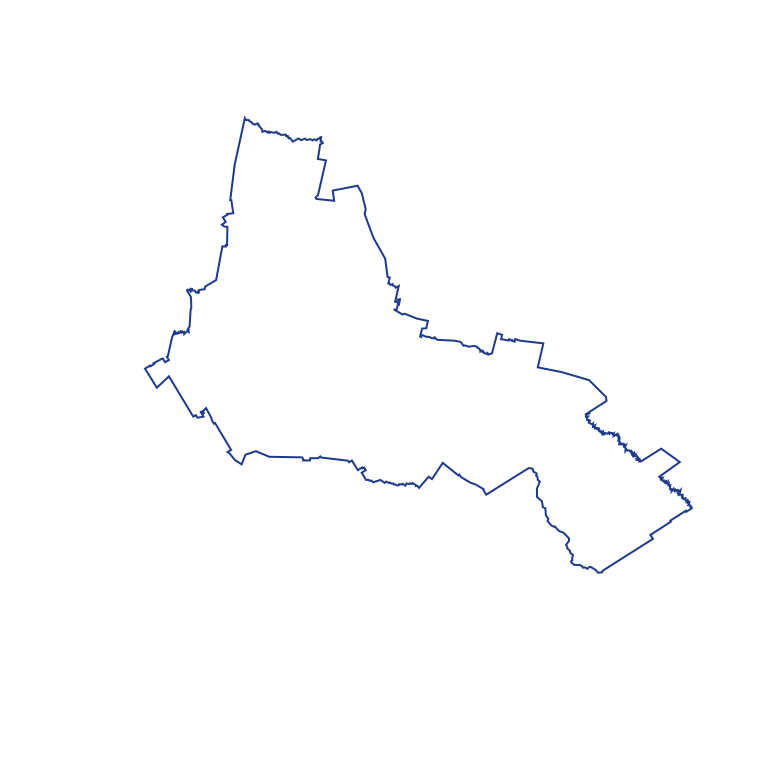 Warren, New South Wales, Australia, rotated 140°
{"feature_id": "25037944B92926148840872", "entity_name": "Warren", "entity_type": "district", "adm_level": 2, "iso_a3": "AUS", "parent_name": "Australia", "parent_adm1": "New South Wales", "projection": "albers", "projection_center": [147.59, -31.296], "detail": "fine", "context": "isolated", "style": "outline", "palette": "blue", "viewbox_px": 768, "rotation_deg": 140, "n_neighbors": 0, "source": "geoboundaries", "source_scale": "gbopen_adm2", "svg_char_len": 6134}
<svg xmlns="http://www.w3.org/2000/svg" viewBox="0 0 768 768"><g transform="rotate(140 384 384)"><path d="M273.5,613.5L274.2,614.0L275.5,613.2L277.0,614.5L279.0,613.9L280.1,616.3L282.0,616.4L283.1,618.9L286.3,620.6L286.8,622.7L290.7,624.0L291.7,627.1L298.0,628.2L297.9,632.6L298.9,633.3L298.5,634.1L299.1,634.8L298.3,635.8L299.6,637.0L298.9,638.0L303.0,641.3L303.4,643.6L304.5,644.0L304.2,646.2L306.8,647.1L308.9,649.9L309.7,649.9L309.9,651.0L310.6,650.5L310.9,651.7L311.7,651.7L312.1,654.0L315.1,655.5L313.7,657.2L313.9,661.3L313.2,663.5L313.8,663.4L313.6,665.1L316.3,665.8L317.4,668.0L317.2,670.0L318.2,671.6L317.8,672.8L320.1,675.1L319.7,677.1L357.4,648.0L383.6,623.7L382.8,622.9L389.7,611.7L394.7,615.0L394.8,614.3L400.3,615.2L401.1,610.0L405.8,610.2L405.2,607.5L403.0,605.0L414.9,591.3L415.8,592.1L416.8,591.0L419.4,593.3L445.8,571.5L458.3,573.6L460.4,571.9L465.3,574.9L466.3,574.5L466.7,573.2L467.7,573.1L467.9,574.4L469.2,574.7L469.0,577.4L470.6,578.8L469.6,580.8L471.5,579.1L472.6,579.1L471.5,581.2L473.0,581.0L473.9,582.6L474.9,582.1L475.9,575.1L479.0,570.8L483.1,565.7L483.8,565.8L496.0,553.0L499.0,552.2L498.6,551.5L500.2,549.4L500.5,551.0L504.9,550.7L503.9,552.2L505.6,552.2L504.3,552.8L504.7,554.1L506.3,553.8L506.0,555.1L508.2,554.8L508.1,555.8L509.4,555.3L512.8,556.8L511.5,557.7L510.2,556.7L510.5,559.1L516.4,555.9L531.8,544.2L532.8,544.4L533.4,540.6L537.7,541.4L537.1,545.6L538.4,546.2L547.1,548.0L547.1,547.1L551.6,547.7L551.5,548.5L557.2,549.4L560.4,527.2L543.8,528.1L551.1,481.6L548.2,481.1L548.6,478.1L543.2,475.0L542.4,480.3L541.3,480.1L542.3,477.7L540.7,477.5L540.4,479.4L535.8,479.9L538.1,468.6L539.2,466.9L539.8,463.0L538.5,462.8L543.5,431.8L547.6,432.4L546.9,429.7L547.1,421.5L544.7,414.0L535.6,418.9L525.3,414.9L518.7,402.0L493.9,380.5L494.2,378.0L495.1,377.5L489.9,373.0L488.2,374.6L482.4,369.7L479.3,369.4L479.5,368.2L460.9,348.4L461.1,346.5L457.8,346.0L459.4,334.8L454.4,334.1L454.5,333.1L452.9,332.8L453.4,329.7L458.1,330.4L459.4,321.9L457.6,320.8L457.0,318.7L455.8,318.3L455.5,315.7L448.4,312.8L447.0,307.8L445.0,307.8L443.8,304.8L442.7,304.6L442.3,302.9L440.9,302.0L441.2,300.8L439.9,299.9L439.2,297.8L437.2,296.9L436.5,297.4L434.9,295.5L433.9,295.6L433.0,292.4L430.7,293.3L429.1,291.2L427.7,291.1L427.0,289.6L425.8,289.6L424.7,286.3L425.2,285.4L424.0,284.9L424.0,281.9L409.4,284.3L408.4,280.3L389.7,285.8L385.8,266.2L384.5,266.2L384.9,263.4L381.3,253.0L378.3,247.8L375.3,239.5L376.0,239.1L376.8,233.5L327.3,226.6L325.2,224.5L324.8,222.8L325.9,220.8L324.7,217.8L325.0,216.7L326.3,216.1L326.2,214.0L327.8,211.8L327.4,209.0L334.1,205.6L339.4,199.1L338.4,192.7L341.5,187.4L340.3,185.0L344.4,179.4L344.8,175.2L346.7,174.0L346.8,168.5L345.5,165.2L344.7,165.0L344.5,159.1L342.0,154.4L341.5,146.7L343.2,144.9L348.0,143.7L348.4,141.1L349.3,140.3L348.8,136.9L349.8,134.5L349.1,131.5L351.9,129.7L352.8,128.0L354.8,127.8L355.2,126.5L354.6,123.3L350.3,119.4L349.3,116.9L349.7,115.5L347.7,114.1L347.0,111.7L344.0,111.8L343.1,110.6L341.4,105.6L341.3,101.8L337.9,99.5L336.7,100.4L277.5,92.5L276.9,97.2L252.9,94.1L252.6,95.3L234.2,92.9L234.6,91.8L228.2,90.9L227.5,91.9L228.3,92.8L227.4,93.9L228.6,95.4L227.8,95.4L227.7,97.2L226.8,96.7L225.9,97.3L227.7,98.6L226.2,99.1L226.1,99.9L228.0,99.6L227.3,100.9L227.6,101.8L226.6,102.7L228.3,103.3L228.2,104.3L228.9,104.5L228.5,105.9L226.4,106.4L227.3,106.6L226.6,107.2L227.6,107.6L228.0,109.5L230.5,109.3L228.7,110.2L229.1,111.4L227.1,112.1L226.5,111.0L225.2,112.0L225.9,111.9L227.0,113.8L228.7,113.9L228.2,114.6L228.8,114.8L228.8,115.9L230.1,115.5L229.4,117.7L232.4,117.0L231.9,117.5L232.5,119.0L231.5,119.1L231.8,120.7L229.7,122.5L231.2,123.5L229.6,125.0L230.8,125.1L231.2,126.1L230.0,126.8L231.9,126.8L232.1,127.6L230.6,128.4L232.3,129.1L231.6,130.3L233.0,131.1L232.9,132.1L230.6,133.1L231.7,134.0L232.9,133.7L232.3,134.6L232.7,136.0L207.6,134.1L213.2,156.3L237.0,159.5L237.5,160.0L237.1,160.6L238.1,160.8L237.3,161.6L238.7,162.9L236.9,163.0L238.2,164.3L236.7,164.1L236.5,166.0L237.5,166.7L236.4,168.2L238.5,168.1L237.2,169.8L239.6,169.0L239.4,170.6L237.3,171.1L238.6,172.4L237.7,172.5L237.6,173.8L238.5,173.7L238.8,175.6L240.5,176.6L240.3,178.1L242.0,177.6L240.2,179.6L240.1,180.8L238.1,181.8L240.0,182.0L238.7,183.2L238.8,184.1L240.0,183.9L240.4,185.9L241.1,185.3L242.6,186.6L240.4,188.7L241.0,189.9L238.6,190.6L237.9,192.0L239.1,191.9L237.1,194.6L238.5,194.6L238.9,195.3L238.1,196.0L241.2,196.4L240.1,197.0L240.9,197.8L239.9,198.4L241.2,198.6L240.6,199.7L241.8,200.9L243.2,200.8L243.1,201.6L242.4,201.6L242.8,202.5L244.5,202.1L245.9,204.0L246.8,203.8L246.9,204.9L248.0,204.0L249.2,204.8L249.0,205.7L247.2,206.8L248.0,206.9L248.0,208.5L249.1,208.1L249.5,210.5L249.0,211.2L248.0,210.4L248.5,211.1L247.9,211.6L248.5,212.9L249.9,213.0L249.7,214.0L251.0,214.4L250.0,215.6L251.2,216.4L249.4,216.9L251.0,217.4L249.3,219.3L250.4,219.2L252.0,222.7L250.2,223.4L250.9,223.9L250.0,224.6L251.5,226.1L250.1,227.7L248.7,227.9L250.4,229.1L249.0,230.4L246.8,229.9L247.7,230.9L224.4,228.0L222.3,231.4L224.4,255.1L240.3,279.0L255.5,297.9L235.8,312.7L251.9,329.7L254.6,334.1L256.7,332.5L258.2,334.6L257.5,335.1L259.5,337.9L260.5,337.1L265.5,343.1L261.9,345.7L264.6,350.1L281.7,338.0L284.5,339.4L284.8,340.9L285.5,340.0L286.1,341.4L285.6,341.9L286.2,341.7L287.3,343.2L287.0,345.5L288.0,345.4L288.1,346.5L289.0,346.8L288.1,347.4L288.9,347.8L288.2,350.1L289.1,351.4L288.8,352.8L290.5,355.2L295.3,358.3L297.0,361.3L298.5,362.2L298.2,367.0L302.6,372.3L314.7,383.5L315.3,387.1L316.1,386.5L318.1,388.6L318.9,390.8L321.4,393.1L322.9,396.3L324.0,397.0L325.3,396.1L325.8,397.1L319.2,402.0L315.8,399.5L309.8,404.1L316.8,413.0L323.0,424.5L325.2,425.5L328.6,435.1L326.9,432.6L322.3,436.0L321.7,435.1L320.6,435.9L317.3,438.6L318.7,439.5L318.6,438.7L320.8,438.9L321.3,438.1L322.6,439.9L309.7,449.6L313.2,450.3L312.8,451.6L313.9,453.8L313.2,455.0L315.1,455.4L315.6,456.6L315.1,457.5L316.0,458.3L311.2,461.8L312.5,463.6L302.5,479.3L298.3,502.0L296.0,508.8L289.6,526.6L285.7,529.6L278.3,544.6L276.8,552.9L298.9,565.1L304.4,556.4L316.8,569.2L316.5,570.9L313.3,571.0L284.7,592.6L290.0,598.9L279.0,608.5L276.0,607.9L275.7,609.6L276.7,610.5L273.5,613.5Z" fill="none" stroke="#1e3a8a" stroke-width="2"/></g></svg>